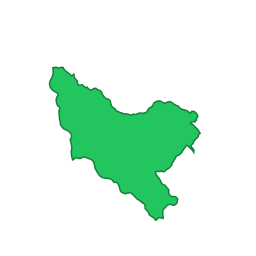 Setubinha, Minas Gerais, Brazil, rotated 323°
{"feature_id": "56859067B2434426876365", "entity_name": "Setubinha", "entity_type": "district", "adm_level": 2, "iso_a3": "BRA", "parent_name": "Brazil", "parent_adm1": "Minas Gerais", "projection": "equal_earth", "projection_center": [-42.151, -17.609], "detail": "fine", "context": "isolated", "style": "filled", "palette": "green", "viewbox_px": 256, "rotation_deg": 323, "n_neighbors": 0, "source": "geoboundaries", "source_scale": "gbopen_adm2", "svg_char_len": 3755}
<svg xmlns="http://www.w3.org/2000/svg" viewBox="0 0 256 256"><g transform="rotate(323 128 128)"><path d="M94.5,218.2L96.0,218.5L97.6,218.0L99.0,218.3L100.3,219.8L101.4,221.3L102.4,220.6L103.3,218.8L104.2,217.5L105.1,216.0L106.3,214.9L107.9,214.2L109.5,214.0L111.0,213.7L112.3,213.5L114.0,213.5L115.4,214.0L116.3,215.0L117.2,216.4L118.4,217.5L120.4,217.6L121.8,217.4L123.2,216.2L124.8,214.8L125.0,213.1L124.6,211.6L123.4,210.3L122.0,209.3L121.2,207.9L121.0,205.9L121.7,203.9L122.7,202.9L123.4,201.4L123.2,199.2L123.1,196.2L122.1,194.4L121.4,192.6L121.9,191.0L122.3,189.1L122.6,186.9L122.4,184.9L122.4,182.6L122.8,180.8L123.8,179.7L125.2,180.3L126.2,181.0L127.3,182.0L128.5,182.4L129.4,183.5L130.3,184.5L131.6,184.7L132.9,184.4L134.4,184.5L136.3,184.8L138.0,184.4L139.9,184.2L141.1,183.6L142.3,182.5L143.9,182.2L145.1,181.3L147.0,180.9L148.3,180.3L149.6,179.5L151.5,179.9L153.1,180.3L155.2,180.0L157.1,179.5L158.7,178.8L160.2,178.3L161.4,178.1L163.0,177.4L164.7,177.1L165.3,179.5L165.7,182.5L166.1,184.8L165.9,187.0L167.3,185.4L167.4,183.3L167.1,181.3L168.1,179.9L169.4,179.6L170.8,179.5L172.0,178.5L173.5,178.0L175.3,177.5L177.0,177.5L178.6,177.3L179.6,176.3L181.0,175.7L182.4,175.7L182.6,174.0L182.7,172.3L182.7,169.9L182.2,167.6L182.0,165.7L181.7,163.5L180.5,162.1L182.2,161.3L184.0,162.5L185.2,163.5L186.1,162.3L187.5,162.9L188.8,161.3L190.5,161.0L191.2,159.5L191.4,157.6L191.2,156.0L190.5,154.3L189.0,153.0L187.0,153.9L186.2,152.2L185.6,150.1L184.6,148.2L183.3,146.7L182.0,145.0L181.4,143.2L181.4,141.1L180.3,139.2L179.3,137.2L178.6,135.0L178.0,133.3L176.9,131.8L175.6,131.2L174.0,130.7L172.2,130.5L171.1,128.5L170.2,126.1L168.7,124.8L167.6,124.2L165.7,123.8L163.7,123.6L161.9,124.6L160.0,125.4L158.2,125.0L156.7,125.0L154.7,125.5L153.0,126.4L151.4,126.3L149.9,125.8L148.5,125.0L146.8,123.4L145.1,122.6L143.8,122.3L142.6,122.0L141.4,121.0L140.1,119.9L138.5,119.8L137.3,118.7L136.2,116.7L134.3,115.0L132.8,113.9L132.2,112.3L131.0,110.9L129.7,108.5L128.7,106.8L129.2,104.9L128.6,103.3L128.1,101.3L128.5,99.0L129.4,97.3L130.2,95.1L129.6,93.0L128.6,91.8L127.8,90.5L127.7,88.2L127.8,85.8L128.4,83.8L128.3,81.5L127.4,80.2L126.7,78.9L126.3,77.0L124.7,75.9L122.7,75.8L120.9,75.3L120.0,73.3L119.9,70.7L118.4,70.1L117.7,68.2L117.7,66.1L116.1,65.2L114.7,64.6L114.2,62.8L115.1,61.2L115.8,59.9L115.6,57.8L115.4,55.8L116.4,54.0L117.1,52.4L115.4,52.6L114.0,51.9L113.9,50.1L113.5,48.5L113.1,46.8L112.5,44.9L112.2,42.9L112.6,40.7L111.3,39.2L109.4,39.1L108.5,38.1L107.3,36.4L105.8,35.4L104.2,34.7L103.1,36.6L101.8,38.6L100.2,40.0L98.8,41.2L97.3,42.1L95.7,42.7L94.0,43.6L92.3,45.0L91.2,46.7L90.4,48.9L90.4,51.5L90.9,53.5L91.6,55.4L92.6,57.9L91.9,59.7L90.2,60.3L88.5,61.3L87.5,62.5L86.5,63.9L85.8,65.7L85.2,67.8L85.9,69.9L84.8,71.8L83.1,72.8L82.2,74.1L81.4,75.3L80.5,76.8L79.1,78.8L78.4,80.6L77.7,82.1L76.9,83.4L76.0,85.0L76.0,87.5L76.1,89.9L77.3,92.1L78.4,94.1L78.8,96.2L78.9,98.3L78.3,100.4L77.2,101.5L75.8,101.9L74.5,103.0L74.0,104.7L73.3,106.1L72.4,108.2L70.7,110.5L69.3,111.8L68.3,113.0L67.1,114.7L66.1,116.6L65.2,118.5L64.6,120.2L65.9,120.5L67.2,119.9L68.8,120.5L69.9,122.0L71.1,123.4L72.2,123.9L73.5,124.0L75.3,124.4L76.3,125.7L77.2,127.0L78.2,128.8L79.2,130.4L80.0,131.8L80.1,133.9L79.6,136.0L78.7,137.8L77.4,140.5L77.1,143.2L76.8,145.2L76.6,147.6L76.9,150.4L78.0,152.6L79.1,153.7L80.1,154.9L81.9,156.4L83.2,157.9L83.9,159.2L84.1,161.0L84.0,163.0L85.4,163.8L86.4,165.3L86.3,167.6L85.8,169.3L85.1,171.1L84.1,173.3L84.2,175.6L85.1,177.1L85.9,178.5L87.4,179.4L88.9,180.0L90.4,180.7L91.3,181.8L91.7,183.6L92.0,185.8L92.3,188.2L92.6,190.5L93.3,191.9L93.7,193.5L94.2,195.4L94.8,197.2L95.5,199.1L94.3,201.1L93.1,202.8L93.5,204.8L93.5,207.0L93.3,208.9L92.7,210.4L93.6,212.7L94.2,214.6L94.8,216.2L94.5,218.2Z" fill="#22c55e" stroke="#15803d" stroke-width="1.5"/></g></svg>